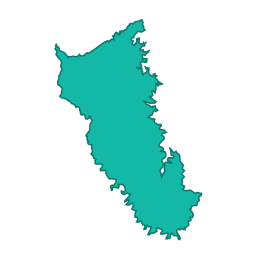 Prudentópolis, Paraná, Brazil, rotated 183°
{"feature_id": "56859067B94750032361758", "entity_name": "Prudentópolis", "entity_type": "district", "adm_level": 2, "iso_a3": "BRA", "parent_name": "Brazil", "parent_adm1": "Paraná", "projection": "robinson", "projection_center": [-51.129, -25.136], "detail": "fine", "context": "isolated", "style": "filled", "palette": "teal", "viewbox_px": 256, "rotation_deg": 183, "n_neighbors": 0, "source": "geoboundaries", "source_scale": "gbopen_adm2", "svg_char_len": 5829}
<svg xmlns="http://www.w3.org/2000/svg" viewBox="0 0 256 256"><g transform="rotate(183 128 128)"><path d="M70.0,20.4L71.1,23.0L72.3,23.7L72.5,24.6L74.1,27.0L73.6,28.3L72.4,29.7L71.5,30.1L70.8,29.0L69.5,30.5L68.7,30.4L67.2,29.4L65.5,29.5L66.0,31.5L65.0,31.7L62.1,34.4L62.9,37.7L62.2,38.5L60.9,38.5L60.3,39.7L61.3,40.6L61.2,42.2L59.4,41.7L58.8,42.4L58.2,44.9L59.7,47.6L62.2,50.1L61.0,50.2L60.3,53.4L59.3,53.4L58.5,54.1L55.3,54.2L54.6,58.1L53.1,59.1L53.7,63.1L51.5,64.3L51.0,65.4L51.5,66.5L54.5,67.1L55.9,67.2L57.6,66.3L62.6,69.2L67.1,68.3L70.1,69.3L68.8,71.5L68.6,72.9L70.7,73.9L71.4,74.9L70.8,77.2L71.7,79.2L69.5,81.7L69.4,82.6L72.1,84.8L71.5,86.2L69.4,88.2L71.6,90.2L70.9,93.9L74.3,97.7L75.0,103.4L75.5,104.2L77.8,105.7L78.9,107.3L80.3,105.8L81.2,105.9L84.1,109.3L85.1,109.8L84.1,107.4L83.5,103.3L80.6,102.3L80.9,101.0L81.6,100.5L86.0,100.5L86.7,98.9L86.8,97.8L86.2,97.2L84.2,97.0L82.6,95.4L83.2,94.9L86.7,95.8L88.4,95.8L89.4,94.9L89.5,88.8L89.3,87.9L88.6,87.5L91.0,83.5L91.2,81.9L91.9,81.0L93.0,85.3L93.8,85.8L93.8,87.1L93.3,88.9L91.7,90.1L91.1,91.3L91.0,94.1L92.4,96.6L92.3,98.3L89.2,100.8L88.7,102.8L88.9,104.2L89.9,106.2L93.2,106.1L94.3,106.5L93.7,107.1L91.5,107.5L91.6,109.2L92.2,109.9L96.3,111.9L96.3,112.8L95.3,114.5L91.5,118.9L91.3,119.9L92.1,121.4L94.1,122.8L93.7,124.1L89.6,125.5L91.4,126.7L91.3,127.6L96.7,128.4L95.9,131.2L94.9,131.7L95.1,133.0L96.2,133.4L98.3,132.8L101.7,134.8L102.2,136.9L101.6,138.0L103.4,138.8L104.1,138.2L105.0,138.3L105.4,138.9L108.4,139.6L106.3,141.7L104.7,142.2L104.0,144.6L102.5,147.5L101.2,145.9L99.2,147.3L101.4,149.1L102.0,151.4L104.6,150.8L104.7,149.8L105.5,149.8L107.9,151.7L111.0,152.7L113.0,155.3L107.9,154.0L103.1,154.2L102.2,154.8L101.3,155.8L103.6,156.8L106.0,159.0L106.7,158.8L108.0,160.6L106.3,160.6L104.9,161.9L106.4,165.9L105.4,166.7L102.8,164.5L102.7,167.3L102.1,168.2L102.5,174.1L100.8,172.7L100.4,174.1L97.9,173.1L96.1,173.8L100.3,175.9L101.0,177.3L103.1,179.2L103.6,180.1L101.9,181.5L103.9,182.2L103.9,183.6L105.5,183.2L105.4,182.1L106.3,180.9L109.2,182.4L110.0,183.3L110.2,184.5L110.3,189.1L111.8,188.8L114.0,189.9L113.8,189.0L111.7,186.5L112.7,184.2L114.8,183.5L115.8,181.9L116.6,182.3L116.3,184.9L117.1,185.8L117.3,188.2L118.5,188.1L117.7,190.9L118.9,192.5L118.7,194.0L116.7,194.9L113.3,194.5L112.7,195.6L113.6,195.9L112.5,198.0L115.4,197.9L117.4,197.0L117.6,197.8L116.8,198.8L117.7,200.5L117.7,201.5L117.1,201.9L114.5,201.5L113.9,202.9L111.4,205.2L111.1,206.2L114.1,204.8L116.2,205.4L117.2,205.1L116.7,206.0L117.1,206.9L120.3,206.3L119.9,207.9L117.8,210.6L115.8,210.8L115.7,212.4L114.9,213.9L116.3,213.1L117.0,214.2L117.8,212.6L120.6,212.9L121.5,213.5L121.3,218.3L122.1,218.4L123.2,216.8L124.1,218.2L123.8,213.9L124.0,212.9L125.0,213.2L125.4,212.4L125.2,211.1L126.4,210.8L128.0,211.9L128.1,213.4L127.2,215.1L129.4,216.2L129.6,217.1L129.2,217.8L128.1,218.4L127.1,218.3L126.6,220.9L123.3,224.9L119.4,224.6L116.1,226.7L117.7,228.3L117.5,230.1L119.1,232.3L118.5,233.9L119.4,236.3L120.1,236.8L122.8,235.2L126.4,234.5L128.7,232.1L129.8,232.8L132.0,231.8L132.5,230.3L133.7,229.3L134.7,226.7L138.0,224.6L138.2,223.7L139.0,223.8L139.4,224.6L141.3,224.0L141.4,223.1L140.5,222.5L140.8,221.5L141.6,221.5L142.0,220.5L142.8,220.9L143.1,222.2L145.0,222.9L146.3,221.1L146.3,219.3L147.5,219.5L148.1,219.0L147.0,217.4L146.6,215.5L147.6,216.0L148.9,215.9L149.7,215.4L149.7,214.5L150.9,214.2L151.5,213.0L152.4,213.9L153.3,214.0L154.7,212.7L155.3,213.0L171.0,200.5L172.0,201.1L173.7,200.4L175.8,198.1L178.5,197.3L180.5,199.0L181.1,197.5L183.8,196.3L186.9,196.9L188.3,196.2L191.0,196.1L192.0,195.5L192.6,197.0L194.0,198.0L195.1,199.7L200.6,201.8L201.2,204.7L203.0,205.7L204.0,207.7L204.7,206.6L203.9,205.1L205.0,203.2L203.5,201.7L202.9,199.8L203.8,197.7L202.0,195.3L201.0,194.7L200.5,193.6L198.8,192.4L197.6,189.7L198.4,186.9L198.3,186.0L196.7,182.2L198.1,180.9L198.5,179.8L198.3,178.5L199.7,176.6L199.6,173.2L200.7,170.5L200.2,167.5L198.3,166.8L195.9,164.2L195.8,162.6L196.3,160.6L195.8,159.6L197.8,156.2L196.3,154.8L191.2,153.8L188.6,151.8L187.5,151.7L185.5,149.3L184.7,149.4L182.8,148.6L182.0,147.8L181.3,145.9L179.1,146.7L178.2,146.3L177.2,144.7L177.1,142.9L176.4,142.2L176.2,139.9L175.3,138.6L174.5,139.3L174.1,138.7L173.4,139.3L172.4,139.2L171.6,138.2L171.4,136.5L170.6,135.0L169.2,134.7L167.5,135.9L167.5,138.0L166.0,137.5L166.2,136.3L163.9,133.3L164.1,132.4L165.4,131.4L166.1,129.8L166.0,124.7L166.3,123.5L169.6,118.3L169.1,117.3L168.2,117.3L168.2,114.1L166.9,112.4L167.6,111.8L167.1,110.2L165.7,109.4L163.2,109.3L163.2,105.9L162.1,102.1L163.5,100.2L163.2,99.4L161.9,98.9L160.8,97.3L160.6,96.0L158.4,94.8L159.2,93.5L159.0,91.0L158.2,90.4L154.7,90.5L154.1,90.9L151.5,90.3L151.8,87.7L152.2,86.8L153.4,86.0L153.6,84.9L153.1,83.9L148.3,84.5L147.2,83.1L147.8,82.0L147.1,80.3L144.3,76.4L139.2,76.4L137.1,75.8L137.2,73.0L138.9,70.3L141.6,69.7L142.4,69.0L141.2,64.9L140.4,65.1L140.3,67.6L139.5,68.2L134.4,67.5L133.9,69.6L134.6,70.7L134.1,71.2L130.4,71.2L129.1,70.1L128.0,68.7L127.2,65.6L128.7,63.8L131.3,64.7L131.3,63.6L130.4,62.0L128.5,61.2L125.5,63.0L123.8,62.0L122.2,62.0L122.5,60.9L127.4,55.1L127.3,54.1L123.9,56.3L123.0,56.1L123.8,53.9L126.0,51.3L123.0,51.1L119.8,53.3L118.4,50.5L119.8,48.0L119.8,47.2L118.3,46.3L116.2,46.2L115.6,45.5L116.4,43.3L116.4,39.4L114.4,39.3L113.5,37.9L113.4,36.8L114.6,34.7L113.3,34.4L110.1,35.7L108.2,32.0L106.9,32.2L106.2,31.5L105.9,30.3L106.8,27.6L105.0,27.9L103.7,31.8L102.1,30.4L99.8,30.8L99.9,28.8L102.6,22.8L101.9,22.3L100.9,22.5L99.4,24.3L97.0,24.3L93.7,26.3L94.3,28.9L94.1,29.8L88.7,28.5L87.9,27.5L89.9,24.6L89.5,23.8L86.4,24.1L83.5,25.1L82.4,24.6L82.5,23.0L84.1,20.5L84.0,19.2L80.4,20.1L79.4,25.3L78.5,25.2L76.5,22.7L74.6,23.2L73.2,22.9L72.0,20.7L71.8,19.5L70.7,19.2L70.0,20.4ZM118.5,188.1L120.6,187.6L123.0,188.9L121.3,188.9L118.5,188.1ZM100.8,172.7L100.3,171.6L99.8,172.2L100.8,172.7Z" fill="#14b8a6" stroke="#0f766e" stroke-width="1.5"/></g></svg>